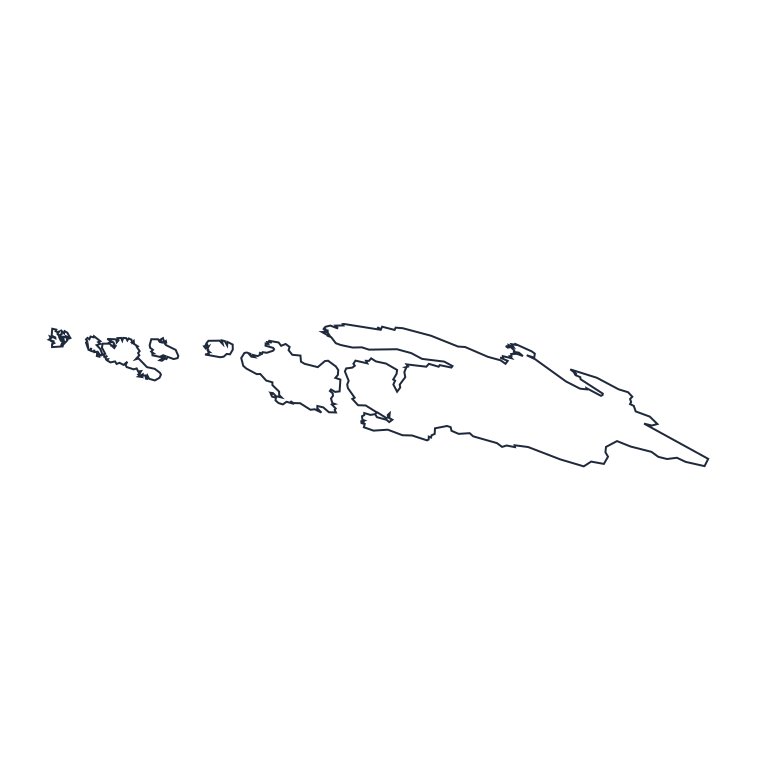 the district of Askvoll nor, Sogn og Fjordane, Norway, rotated 21°
{"feature_id": "86288312B32892511897079", "entity_name": "Askvoll nor", "entity_type": "district", "adm_level": 2, "iso_a3": "NOR", "parent_name": "Norway", "parent_adm1": "Sogn og Fjordane", "projection": "equal_earth", "projection_center": [4.992, 61.38], "detail": "fine", "context": "isolated", "style": "outline", "palette": "slate", "viewbox_px": 768, "rotation_deg": 21, "n_neighbors": 0, "source": "geoboundaries", "source_scale": "gbopen_adm2", "svg_char_len": 6100}
<svg xmlns="http://www.w3.org/2000/svg" viewBox="0 0 768 768"><g transform="rotate(21 384 384)"><path d="M713.5,337.7L641.0,327.8L648.9,326.8L653.6,323.4L643.8,319.2L628.8,319.4L625.0,314.9L620.9,314.6L621.2,312.3L619.1,309.8L620.4,306.9L614.8,304.2L605.0,304.9L580.5,301.9L552.7,303.6L560.4,305.8L558.5,306.2L559.6,307.1L564.8,307.3L565.8,309.1L591.7,314.6L592.0,315.9L590.8,317.3L574.4,315.3L575.1,316.4L568.6,318.1L553.0,316.4L516.2,306.7L506.9,306.0L514.8,305.6L513.9,301.6L510.2,300.6L491.2,299.5L492.6,300.3L488.8,301.1L491.7,303.2L486.1,302.9L486.7,304.4L484.1,305.0L486.7,305.7L489.0,304.0L493.6,306.0L493.7,307.5L498.6,306.4L503.7,308.1L497.4,308.2L492.0,310.4L493.0,312.0L491.5,312.9L494.0,314.2L485.0,315.4L486.0,317.1L483.0,317.7L491.2,318.1L490.2,321.6L484.3,320.1L471.2,321.4L446.5,320.4L439.7,322.5L410.5,322.1L381.5,325.2L374.7,327.2L374.5,329.7L361.7,331.2L361.6,333.9L357.5,333.4L360.0,334.9L325.2,342.3L324.0,342.9L325.1,343.9L317.8,346.9L321.1,348.7L312.9,348.7L308.8,351.6L308.1,353.5L310.4,353.9L307.3,354.3L311.8,355.4L311.1,354.4L312.2,354.2L312.8,355.6L307.5,357.7L312.7,358.5L313.9,356.9L315.7,358.2L313.4,359.2L317.9,359.2L324.4,363.2L329.7,363.1L341.7,361.2L350.2,357.7L357.7,357.3L383.6,346.9L398.3,345.4L410.6,346.9L432.2,341.5L441.5,342.7L441.0,344.5L429.3,346.4L428.8,348.3L418.7,349.1L417.3,352.7L398.0,357.6L400.2,359.1L397.8,360.9L398.9,360.9L398.7,365.5L401.4,370.0L398.9,378.9L400.4,381.5L399.0,386.5L392.9,381.1L393.2,376.9L391.0,376.5L392.1,370.0L391.2,366.2L378.6,364.2L368.4,365.8L362.8,364.7L361.7,367.8L358.9,368.8L361.0,370.7L349.0,372.4L348.2,376.1L350.2,377.4L348.5,380.1L343.1,383.0L343.0,386.3L349.9,393.7L349.8,397.6L351.8,400.8L361.5,407.3L359.8,409.3L367.4,413.1L374.6,410.6L387.1,413.0L386.7,414.5L388.0,412.9L398.3,414.9L400.0,413.6L398.6,411.6L399.8,409.2L401.1,413.9L404.6,414.4L402.5,417.7L399.2,416.5L389.3,417.5L386.5,415.3L382.5,417.7L376.0,418.2L376.7,420.2L375.0,422.0L376.7,425.1L378.7,425.1L377.2,426.2L379.4,426.5L376.4,427.4L377.1,428.6L380.3,428.2L380.7,431.6L390.9,431.3L403.9,425.3L419.6,425.2L428.7,422.0L444.4,421.2L445.6,419.8L444.7,417.1L447.1,417.1L446.8,414.8L449.2,412.5L447.5,407.1L457.9,400.6L461.7,400.4L463.8,403.5L471.6,403.8L481.6,399.2L486.0,400.9L510.6,398.7L516.8,400.4L520.5,397.5L528.9,396.0L527.9,394.4L541.1,391.2L575.7,391.2L600.0,389.3L605.2,382.2L617.9,379.8L619.2,371.6L615.2,368.4L613.8,363.2L622.0,353.8L636.6,354.0L658.0,351.5L666.2,353.7L675.1,352.6L683.9,347.9L693.6,348.6L712.7,345.8L713.5,337.7ZM277.8,381.9L274.3,385.2L270.7,383.0L260.5,385.0L264.4,385.5L260.0,386.7L261.6,388.2L259.0,388.6L259.7,390.7L267.6,390.0L269.0,391.0L268.5,392.7L263.5,396.8L259.3,397.8L259.3,399.4L256.2,399.3L258.6,400.2L256.1,403.2L250.0,404.0L253.5,405.3L250.3,406.0L246.8,404.1L249.3,403.7L244.6,403.8L242.6,405.0L241.4,410.9L246.1,417.5L249.9,418.9L261.6,420.4L264.9,419.0L272.8,423.0L279.2,422.4L280.2,425.0L288.8,428.7L290.1,431.9L293.3,433.3L287.6,434.1L283.6,432.3L281.5,432.8L283.0,433.5L282.1,434.1L284.1,435.9L288.0,435.5L288.6,438.2L292.4,439.6L296.9,439.3L299.4,435.5L305.0,435.0L302.8,433.5L306.1,434.3L312.6,432.0L324.6,434.4L328.4,432.4L335.8,433.1L330.4,430.6L329.7,428.4L335.7,427.6L342.7,430.1L349.3,427.8L347.2,425.8L347.7,424.2L342.8,421.9L345.2,420.3L342.6,420.3L339.7,416.5L340.6,413.3L339.5,411.1L336.0,409.9L336.5,408.1L341.2,408.9L345.2,406.8L341.7,395.5L336.4,395.7L337.7,392.1L336.3,387.4L332.8,384.9L323.4,382.3L320.6,383.8L316.1,392.0L302.6,393.6L298.5,392.9L295.8,387.4L287.9,389.6L282.8,386.6L282.6,383.2L277.8,381.9ZM126.9,433.6L124.0,434.4L124.1,437.3L122.1,435.2L118.9,436.6L120.5,438.3L119.6,440.9L117.9,438.3L109.5,441.1L114.0,441.8L113.2,442.9L116.4,442.1L118.2,443.6L116.9,445.6L119.8,444.8L119.3,447.1L113.4,444.7L106.8,447.2L107.7,451.2L112.9,455.7L111.7,456.7L113.1,458.8L115.6,457.0L114.4,459.2L115.7,460.6L117.4,459.8L117.1,461.2L120.8,461.9L124.8,459.3L127.2,461.1L129.5,459.0L134.0,459.5L136.4,455.2L135.9,458.9L137.7,460.4L145.1,460.0L147.5,458.1L150.0,460.4L152.6,459.0L152.2,461.1L150.7,461.0L152.1,461.9L151.3,463.1L153.2,463.4L152.0,465.0L155.2,464.3L153.5,463.4L155.3,461.4L155.8,462.8L158.4,461.4L159.8,464.3L161.0,464.1L160.4,461.2L162.9,463.3L168.8,462.8L172.2,458.6L172.4,455.3L170.8,453.8L164.5,452.0L156.7,453.2L145.7,448.1L143.3,449.9L145.3,444.9L143.3,443.2L144.1,440.9L139.9,438.0L140.6,437.1L134.4,435.8L135.7,435.0L134.9,433.5L134.0,435.6L132.3,433.1L129.3,433.0L128.8,435.3L126.9,433.6ZM161.2,420.4L159.0,423.2L162.9,424.7L159.5,425.1L157.0,423.2L150.7,425.6L151.3,431.7L152.7,434.0L156.0,434.9L155.0,437.2L157.7,437.9L156.6,438.3L157.6,440.2L166.9,438.7L168.1,439.5L166.1,442.2L168.3,441.9L169.7,439.9L166.8,438.4L168.6,437.2L166.3,437.6L167.5,436.3L170.1,436.3L169.6,438.5L171.9,438.7L172.3,436.2L178.7,436.1L182.0,433.8L181.9,431.5L177.3,426.8L166.5,425.8L164.7,424.8L165.9,423.5L164.9,422.0L163.7,423.5L161.2,420.4ZM220.0,401.0L216.9,401.4L219.1,404.5L214.9,402.5L204.6,406.6L203.7,409.4L204.8,410.6L202.8,410.4L204.8,411.6L202.5,413.3L204.8,414.7L206.8,411.9L206.5,414.5L208.4,415.5L206.6,415.5L209.6,416.6L208.4,416.9L209.5,418.5L206.4,420.6L221.5,417.7L224.5,416.0L226.4,412.3L229.6,411.5L230.5,406.1L228.6,401.4L222.7,400.8L223.7,404.1L220.0,401.0ZM70.0,449.6L66.9,449.1L67.2,451.4L64.2,450.1L65.2,452.9L62.9,455.2L61.2,454.3L61.9,451.4L60.4,452.6L58.5,452.4L58.6,450.7L54.5,451.3L56.4,458.0L60.4,458.3L60.8,459.1L55.6,458.6L58.0,459.5L55.1,459.4L56.5,460.9L55.2,462.7L61.1,462.5L59.3,463.5L61.4,464.0L59.8,465.8L60.9,468.5L70.5,464.1L70.2,461.4L68.8,463.3L68.9,459.0L66.8,459.4L63.3,456.1L68.5,458.8L65.3,455.4L69.4,454.4L67.9,455.7L71.1,460.6L72.7,456.8L70.1,453.4L72.4,453.5L71.3,454.1L72.3,455.5L74.7,453.6L70.0,449.6ZM103.8,445.7L96.1,443.3L96.2,444.5L93.0,444.9L92.9,447.8L90.7,447.2L89.8,449.2L91.6,450.3L91.0,452.2L93.7,455.4L93.8,454.6L92.8,452.9L92.9,452.7L95.9,458.0L97.5,457.8L97.9,455.2L98.3,458.1L101.5,457.9L101.2,455.9L102.3,458.0L105.1,456.5L107.9,458.5L105.3,458.5L105.9,460.8L108.6,460.5L108.1,458.6L110.9,457.7L106.5,452.9L101.8,450.7L104.8,448.2L102.2,447.3L103.8,445.7Z" fill="none" stroke="#1e293b" stroke-width="2"/></g></svg>